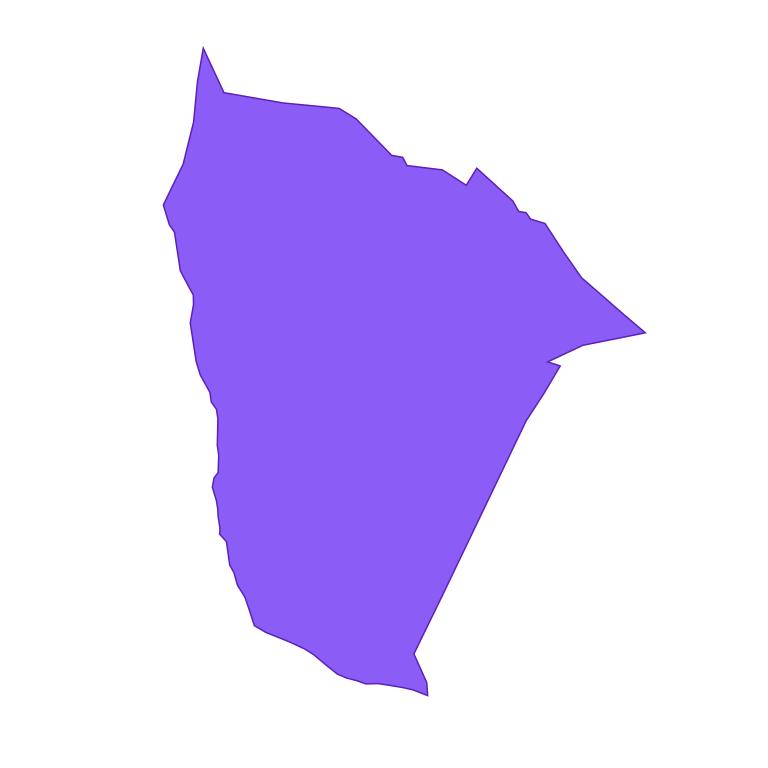 outline of Guaymallén, Mendoza, Argentina, rotated 280°
{"feature_id": "61730980B57963533011884", "entity_name": "Guaymallén", "entity_type": "district", "adm_level": 2, "iso_a3": "ARG", "parent_name": "Argentina", "parent_adm1": "Mendoza", "projection": "albers", "projection_center": [-68.746, -32.899], "detail": "fine", "context": "isolated", "style": "filled", "palette": "violet", "viewbox_px": 768, "rotation_deg": 280, "n_neighbors": 0, "source": "geoboundaries", "source_scale": "gbopen_adm2", "svg_char_len": 1144}
<svg xmlns="http://www.w3.org/2000/svg" viewBox="0 0 768 768"><g transform="rotate(280 384 384)"><path d="M530.9,138.1L522.0,135.6L503.5,145.0L497.3,151.2L478.7,157.5L460.1,163.8L445.0,175.5L438.4,180.8L429.1,182.6L410.5,182.6L391.9,188.9L373.3,195.2L361.0,201.5L345.5,214.0L336.2,217.1L330.0,223.4L320.7,226.5L294.5,230.5L285.2,233.6L268.0,236.0L261.8,232.9L252.5,232.9L240.1,239.2L231.9,242.0L224.2,243.8L213.5,247.5L207.5,248.2L201.4,256.2L178.9,263.5L171.8,269.2L160.4,274.6L150.1,283.9L138.8,290.2L123.5,298.3L118.9,310.6L113.7,335.2L109.3,351.9L105.1,362.0L101.3,368.6L97.5,375.1L90.2,388.5L87.9,398.4L87.1,408.8L85.5,418.3L87.9,430.0L88.2,440.8L88.3,455.6L87.8,465.6L84.7,481.1L97.3,478.0L123.4,460.3L188.9,479.1L348.2,523.6L372.2,530.3L402.6,543.2L432.4,554.4L434.2,541.3L456.6,573.0L479.8,632.4L494.1,608.0L523.0,560.0L545.8,537.3L570.0,514.7L571.8,499.8L577.4,494.1L577.3,486.7L586.6,479.1L612.6,437.9L594.0,430.5L605.0,404.3L603.1,368.7L610.5,363.1L610.5,351.8L640.2,310.6L647.6,291.9L643.2,235.1L643.1,175.8L683.3,147.7L649.2,147.8L608.9,151.0L565.5,148.0L530.9,138.1Z" fill="#8b5cf6" stroke="#5b21b6" stroke-width="1.5"/></g></svg>